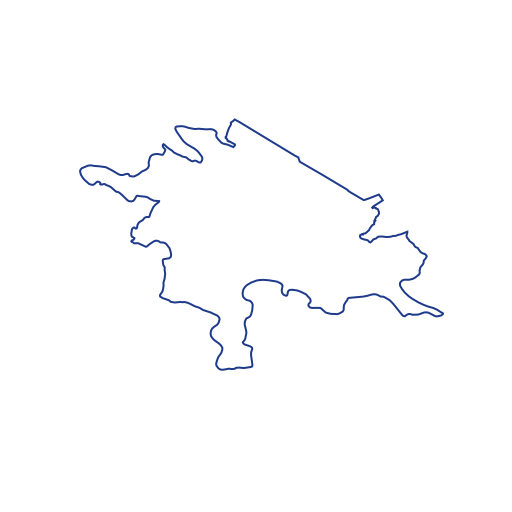 Mosman, New South Wales, Australia (Equal Earth projection), rotated 112°
{"feature_id": "25037944B9039648932577", "entity_name": "Mosman", "entity_type": "district", "adm_level": 2, "iso_a3": "AUS", "parent_name": "Australia", "parent_adm1": "New South Wales", "projection": "equal_earth", "projection_center": [151.246, -33.828], "detail": "fine", "context": "isolated", "style": "outline", "palette": "blue", "viewbox_px": 512, "rotation_deg": 112, "n_neighbors": 0, "source": "geoboundaries", "source_scale": "gbopen_adm2", "svg_char_len": 6126}
<svg xmlns="http://www.w3.org/2000/svg" viewBox="0 0 512 512"><g transform="rotate(112 256 256)"><path d="M153.0,165.1L160.8,173.4L163.5,176.5L163.8,177.3L161.7,191.6L161.0,195.0L160.4,195.9L159.7,200.3L155.9,224.8L152.2,250.7L149.3,253.3L148.7,253.6L148.4,257.5L138.1,320.9L137.4,326.9L139.3,327.7L141.8,329.3L142.5,328.8L143.5,328.5L147.8,329.0L152.5,328.8L156.7,328.3L157.0,328.7L158.1,328.2L157.9,327.6L159.5,325.3L159.8,325.4L160.1,324.2L159.7,323.9L160.4,317.5L160.8,317.1L161.4,317.0L163.5,317.8L163.4,324.1L164.1,328.5L163.9,330.5L161.9,334.9L160.4,337.3L158.8,338.3L156.8,338.5L155.8,339.5L155.1,341.3L154.9,343.5L155.4,345.7L157.2,349.5L159.4,356.7L160.9,359.6L161.4,361.2L162.4,366.0L162.8,370.9L163.5,373.7L165.7,378.1L166.6,378.8L168.3,378.5L170.3,376.3L175.3,368.7L176.8,366.1L178.2,362.2L179.5,353.5L180.2,350.8L181.1,348.5L183.9,343.8L184.9,342.7L186.4,342.0L188.1,341.9L190.0,342.4L190.4,343.1L190.6,344.1L190.2,347.1L190.3,347.9L190.9,349.1L191.9,350.1L192.2,351.7L191.8,353.1L191.7,354.7L190.7,357.6L191.4,361.7L191.1,363.4L191.1,367.0L190.8,370.8L189.7,373.4L189.3,375.8L188.4,379.4L187.3,382.1L187.0,383.7L188.1,384.0L189.4,383.4L190.1,382.4L191.4,379.9L191.6,379.8L193.2,379.7L196.8,380.2L197.4,381.0L198.1,384.7L198.9,386.9L200.5,389.4L201.7,390.4L203.6,391.2L205.6,391.1L209.5,390.6L212.5,389.1L214.8,389.2L217.4,390.5L220.2,393.3L224.4,395.7L227.7,398.6L228.4,399.9L229.1,402.8L228.9,403.5L227.9,404.5L227.9,405.8L228.8,407.3L230.8,409.9L231.7,412.2L231.6,414.8L230.6,421.1L229.9,428.3L231.5,434.8L233.1,439.8L233.8,443.0L234.4,444.3L235.6,446.1L240.0,450.5L241.8,451.0L242.8,451.0L244.0,450.5L246.3,448.7L248.4,445.9L249.8,443.2L251.7,437.7L251.6,435.7L251.2,433.9L249.8,432.7L246.8,431.3L246.4,430.6L246.1,429.4L246.4,428.0L246.8,427.5L247.8,427.3L247.9,426.8L247.5,425.7L246.3,424.1L245.9,423.1L246.3,421.6L246.2,418.8L246.5,416.2L248.7,410.0L248.4,407.3L248.6,406.1L249.7,402.8L252.5,396.0L252.7,394.2L252.1,392.0L250.8,390.4L249.0,389.8L245.5,389.3L245.0,389.1L244.5,388.4L244.1,386.3L242.6,381.3L242.3,379.4L242.3,378.0L242.8,375.5L243.0,371.5L241.4,366.4L242.0,366.2L246.6,368.7L249.0,369.5L255.6,369.9L259.6,369.6L260.1,370.1L260.7,371.8L261.3,372.6L262.3,373.6L265.2,374.5L268.1,376.7L269.6,377.3L271.6,377.5L274.5,376.9L275.4,377.3L275.7,377.8L275.1,379.5L275.3,379.9L276.6,380.8L277.8,381.0L282.2,380.0L283.8,379.1L284.5,378.4L285.0,375.4L286.5,375.4L288.2,377.0L289.1,377.1L289.4,376.5L289.5,375.0L289.9,373.6L288.8,371.4L288.3,369.9L288.7,361.6L288.0,360.7L285.2,359.3L280.4,356.0L279.3,354.6L278.8,352.9L278.8,351.6L279.2,349.8L278.2,346.7L278.2,344.6L278.7,343.3L281.2,339.1L283.8,336.9L286.5,335.2L287.7,334.8L289.0,334.8L290.6,335.6L293.5,340.4L294.3,340.8L295.4,340.7L299.0,338.6L300.8,336.3L303.0,335.6L306.4,333.6L311.0,332.3L315.5,331.8L318.1,330.6L321.7,329.7L324.0,329.5L328.3,330.4L329.5,329.7L330.0,326.5L329.7,320.7L329.8,319.6L330.4,318.1L330.2,316.8L329.6,314.0L326.8,308.6L326.5,307.1L325.4,304.9L325.0,302.0L325.0,299.5L325.5,294.3L325.2,289.2L325.9,284.8L325.3,276.3L325.5,275.1L325.7,269.8L326.4,267.9L327.5,266.6L328.5,266.0L331.8,265.7L334.2,266.2L337.6,268.5L339.8,269.5L342.3,269.7L344.8,269.1L347.1,267.7L348.7,265.3L349.7,262.9L351.0,257.5L352.2,254.7L353.7,252.8L355.7,252.1L359.0,251.9L364.0,253.1L368.0,253.0L370.8,252.6L372.5,251.6L374.1,249.0L374.6,247.2L374.3,245.1L373.5,243.4L370.5,238.7L370.1,236.5L368.8,233.9L368.5,233.4L367.3,232.8L366.8,231.9L365.9,230.1L364.4,225.2L360.9,219.3L360.1,218.4L359.5,218.2L358.2,218.6L349.5,223.6L346.8,224.5L343.8,224.6L342.7,225.2L342.2,226.1L341.9,227.8L342.3,233.2L342.0,234.5L341.2,235.8L340.5,235.8L338.3,235.1L336.8,235.0L330.9,236.1L329.3,236.9L323.7,240.9L320.7,241.8L317.6,241.6L315.1,239.4L313.7,238.8L312.3,238.6L307.6,239.2L302.6,240.7L301.1,242.0L300.0,244.1L299.9,245.5L300.3,248.2L300.0,249.7L299.2,251.8L298.1,253.1L295.3,254.6L291.6,255.2L289.2,254.7L286.8,253.8L282.5,250.6L278.5,246.2L277.1,243.9L275.5,240.6L273.3,233.7L273.3,233.1L272.1,228.1L271.9,226.6L272.1,223.0L272.7,221.3L273.7,220.2L277.9,219.4L279.3,218.7L280.4,217.9L281.5,216.1L281.7,214.8L281.6,213.5L281.4,212.8L280.6,212.4L276.8,213.0L275.5,212.6L274.8,211.9L273.8,210.0L272.7,205.8L272.4,203.5L272.4,200.6L272.8,195.3L275.4,189.8L276.5,188.9L277.8,188.3L278.9,188.4L280.6,189.2L281.7,189.1L282.7,188.5L283.5,186.6L283.1,184.4L281.2,180.0L280.4,177.9L280.1,176.4L282.0,171.1L282.3,169.9L281.8,166.0L281.3,163.9L280.5,161.9L279.5,158.9L278.1,157.2L275.2,154.9L274.4,154.6L272.9,154.6L269.6,155.8L268.1,156.0L264.7,155.5L263.0,154.9L261.2,155.0L260.1,154.3L253.5,141.4L251.0,137.6L248.6,134.6L247.3,132.4L246.8,131.0L246.5,129.0L246.9,125.2L246.1,123.0L246.0,121.9L246.9,115.5L248.9,110.9L256.0,98.3L256.4,97.0L256.3,96.1L256.1,95.4L254.0,94.2L252.6,92.7L252.1,91.5L251.8,88.7L249.8,84.2L249.1,83.1L245.5,79.1L244.6,77.4L243.9,75.0L244.6,67.9L244.5,66.4L244.1,65.4L241.9,62.2L240.1,61.0L239.4,61.0L238.9,61.8L238.9,63.3L238.0,67.7L237.8,72.0L238.4,77.9L238.5,82.6L238.1,88.7L237.1,95.1L236.1,99.3L234.1,104.5L231.9,108.3L229.8,111.0L228.7,111.8L226.7,112.4L224.2,111.5L222.6,109.9L220.7,105.2L218.5,102.1L216.5,100.4L211.9,97.8L210.6,97.8L208.1,98.9L205.6,99.3L204.0,99.1L201.1,98.1L199.3,98.1L197.5,98.7L195.1,97.9L192.6,97.5L191.9,97.9L191.2,99.2L190.9,100.4L191.1,102.7L190.8,104.3L190.2,105.8L188.0,109.0L187.9,111.6L187.4,112.6L185.9,114.5L184.6,119.3L183.6,120.6L182.4,122.8L181.7,123.5L180.4,124.2L178.1,124.3L176.8,124.8L181.5,129.7L182.9,131.7L185.4,134.6L185.9,136.2L187.5,138.1L189.4,141.7L190.8,146.7L192.0,149.4L193.2,150.5L194.7,151.2L196.7,153.4L199.0,154.2L200.6,155.1L200.6,156.1L199.7,157.9L199.6,158.7L200.2,162.5L200.3,164.8L199.9,166.1L199.0,166.9L197.7,167.2L195.9,165.8L196.1,164.9L195.5,164.7L195.4,164.9L194.9,164.6L193.9,162.9L189.7,160.9L187.2,160.7L184.7,160.0L183.5,159.5L182.4,158.4L181.9,158.4L180.5,159.1L178.8,158.6L178.8,159.4L175.9,159.2L174.9,159.3L173.0,158.1L170.5,157.8L169.2,158.5L167.0,160.5L167.0,162.5L166.7,162.7L166.8,162.9L166.6,163.1L166.7,164.2L167.0,164.9L167.9,165.8L167.5,166.4L165.8,165.6L156.9,159.3L155.5,161.1L153.0,165.1Z" fill="none" stroke="#1e3a8a" stroke-width="2"/></g></svg>